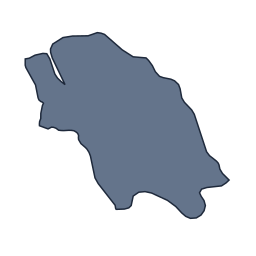 the District of Viana do Castelo, rotated 81°
{"feature_id": "PRT-741", "entity_name": "Viana do Castelo", "entity_type": "District", "adm_level": 1, "iso_a3": "PRT", "parent_name": "Portugal", "parent_adm1": "", "projection": "orthographic", "projection_center": [-8.501, 41.884], "detail": "fine", "context": "isolated", "style": "filled", "palette": "slate", "viewbox_px": 256, "rotation_deg": 81, "n_neighbors": 0, "source": "natural_earth", "source_scale": "10m", "svg_char_len": 1397}
<svg xmlns="http://www.w3.org/2000/svg" viewBox="0 0 256 256"><g transform="rotate(81 128 128)"><path d="M195.2,36.3L197.5,39.6L199.8,44.7L199.1,59.4L199.9,64.9L203.2,67.5L207.0,66.4L211.5,64.3L216.7,63.7L221.6,65.8L225.4,69.5L227.5,74.6L227.0,80.5L224.3,84.8L220.3,88.2L213.0,93.1L205.6,100.4L195.9,114.9L193.5,121.1L193.1,127.4L196.0,133.5L205.1,137.0L207.0,139.7L207.5,144.2L206.5,152.4L206.4,152.5L205.4,152.8L202.3,152.8L178.3,166.1L172.1,168.4L149.8,169.5L146.0,170.3L142.5,171.8L140.6,173.1L136.1,176.9L131.8,178.6L129.8,178.5L127.7,178.0L125.6,178.5L124.3,179.4L122.3,181.7L121.5,184.2L121.0,186.8L120.5,192.0L120.0,194.5L119.3,196.9L117.0,199.1L115.7,201.4L115.2,203.4L116.4,207.1L111.9,215.1L110.2,214.9L107.8,214.3L105.0,212.7L99.9,211.8L92.4,209.0L90.3,207.6L89.1,208.5L88.2,210.0L86.3,211.6L84.1,212.1L71.0,212.6L52.4,219.4L49.9,219.7L44.9,218.9L43.7,218.7L43.6,214.6L41.5,208.4L41.0,200.4L41.9,196.6L47.6,194.4L63.3,191.8L67.7,189.8L71.7,186.8L75.3,183.4L47.1,191.8L41.2,192.6L37.9,192.2L33.3,189.2L28.5,178.1L28.5,168.4L30.7,153.0L29.0,143.4L30.1,139.8L31.9,136.5L49.9,121.5L58.5,111.8L61.6,99.2L64.5,97.1L70.2,94.2L76.7,92.2L81.9,88.8L83.8,85.3L86.5,78.0L88.7,74.6L93.0,71.3L97.4,70.4L106.7,70.2L111.4,68.3L120.1,62.3L124.8,60.4L163.8,54.1L168.1,51.8L174.6,45.8L176.8,44.4L178.7,43.9L183.0,43.7L187.7,41.8L195.2,36.3Z" fill="#64748b" stroke="#1e293b" stroke-width="1.5"/></g></svg>